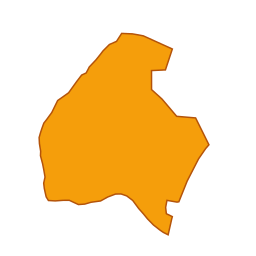 outline of Aboudéia, Salamat, Chad, rotated 107°
{"feature_id": "50815135B13353907786726", "entity_name": "Aboudéia", "entity_type": "district", "adm_level": 2, "iso_a3": "TCD", "parent_name": "Chad", "parent_adm1": "Salamat", "projection": "albers", "projection_center": [19.686, 11.562], "detail": "fine", "context": "isolated", "style": "filled", "palette": "amber", "viewbox_px": 256, "rotation_deg": 107, "n_neighbors": 0, "source": "geoboundaries", "source_scale": "gbopen_adm2", "svg_char_len": 1038}
<svg xmlns="http://www.w3.org/2000/svg" viewBox="0 0 256 256"><g transform="rotate(107 128 128)"><path d="M39.4,161.7L48.5,164.3L53.6,170.2L61.5,174.4L65.3,175.8L72.1,178.5L81.0,182.9L83.5,183.3L86.0,183.8L87.6,184.1L90.9,187.8L98.4,190.6L111.7,195.1L122.3,203.3L135.4,205.4L143.8,208.3L147.9,209.9L153.3,210.2L157.6,210.3L163.1,210.2L168.9,208.1L175.8,204.7L180.1,203.6L187.2,199.2L193.0,196.1L199.2,193.0L205.4,192.5L210.2,190.4L213.8,188.4L217.8,186.1L220.6,182.9L219.0,176.3L216.1,168.8L214.3,163.0L215.0,158.1L215.7,153.0L213.4,147.1L209.8,141.6L205.8,132.9L199.9,127.2L194.8,120.6L193.1,115.3L193.3,109.4L195.9,102.3L201.9,94.2L205.7,88.0L209.3,82.6L213.3,75.3L216.2,67.8L217.5,63.7L218.4,58.4L202.2,59.6L199.8,59.7L199.2,63.3L198.8,66.1L198.7,66.3L192.9,68.8L185.8,69.6L184.6,59.9L184.5,59.4L183.7,57.8L161.4,55.9L136.9,51.5L124.9,47.7L120.4,45.7L98.6,66.3L102.6,84.9L90.4,103.9L84.4,116.7L66.2,122.3L61.5,109.2L39.5,108.7L35.4,140.3L36.0,145.8L36.7,151.3L39.4,161.7Z" fill="#f59e0b" stroke="#b45309" stroke-width="1.5"/></g></svg>